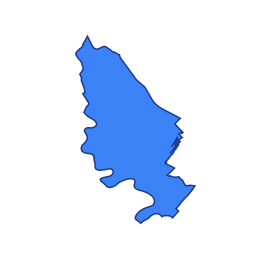 Letea Veche, Bacau, Romania, rotated 155°
{"feature_id": "2599482B63347405976277", "entity_name": "Letea Veche", "entity_type": "district", "adm_level": 2, "iso_a3": "ROU", "parent_name": "Romania", "parent_adm1": "Bacau", "projection": "robinson", "projection_center": [26.956, 46.548], "detail": "fine", "context": "isolated", "style": "filled", "palette": "blue", "viewbox_px": 256, "rotation_deg": 155, "n_neighbors": 0, "source": "geoboundaries", "source_scale": "gbopen_adm2", "svg_char_len": 5473}
<svg xmlns="http://www.w3.org/2000/svg" viewBox="0 0 256 256"><g transform="rotate(155 128 128)"><path d="M134.8,33.3L133.1,33.3L131.8,33.0L130.0,32.2L129.0,31.8L127.8,30.9L127.1,30.5L126.5,29.8L126.0,29.0L125.8,28.4L125.8,27.8L125.6,27.7L125.1,28.0L124.6,28.1L123.4,28.7L122.8,28.9L122.2,29.1L121.7,29.4L121.3,29.6L120.6,29.9L119.3,30.4L117.9,30.9L117.3,31.2L117.3,31.3L117.4,31.7L117.7,32.6L118.5,34.8L117.8,34.8L117.7,35.0L117.4,35.2L117.0,35.4L116.1,35.6L115.2,36.0L114.6,36.3L113.1,37.0L112.0,37.6L110.7,38.3L107.7,39.6L106.4,40.2L105.0,40.7L103.5,41.2L102.2,41.7L101.1,42.3L99.0,43.2L95.7,44.8L95.9,45.0L92.9,46.5L91.8,47.3L93.1,48.1L96.1,49.9L96.6,50.1L98.2,50.4L99.3,50.9L100.2,51.7L100.3,52.5L100.4,53.7L100.7,54.7L100.5,55.9L100.7,57.3L101.3,58.8L101.8,59.7L102.2,60.7L102.3,61.1L102.3,61.8L102.3,62.1L102.5,62.2L103.2,62.4L104.5,62.9L105.5,63.3L106.6,63.7L107.2,64.1L108.0,64.8L109.0,65.8L109.9,66.6L110.5,67.1L111.3,66.8L111.4,67.0L111.7,67.5L112.4,68.4L112.5,68.6L109.5,69.6L107.7,70.2L106.1,70.8L104.4,71.4L103.5,71.7L102.8,72.0L103.5,73.1L103.9,73.6L104.7,74.6L105.4,75.5L106.4,76.7L107.5,77.9L107.8,78.2L108.3,78.9L108.7,79.3L109.2,79.9L108.9,80.0L107.8,80.4L108.6,81.3L107.8,81.7L107.7,81.6L106.9,81.9L106.3,82.2L105.6,82.5L105.0,82.9L104.9,82.8L104.1,83.2L103.2,83.6L102.9,83.8L102.7,83.9L101.9,84.4L101.7,84.4L101.4,84.7L101.2,84.8L100.7,85.1L100.5,85.3L100.3,85.3L99.6,85.4L99.3,85.4L99.1,85.5L98.5,85.8L97.9,86.1L97.5,86.3L97.1,86.6L96.8,86.8L96.3,87.3L96.0,87.5L95.4,88.0L94.9,88.2L94.2,88.6L93.7,88.8L93.6,88.7L93.4,88.9L93.3,89.0L93.0,89.2L93.0,89.3L92.7,89.5L92.6,89.4L92.2,89.7L91.7,90.0L91.4,90.1L90.7,90.6L90.4,90.7L90.1,90.9L89.6,91.1L89.3,91.3L89.5,91.6L90.0,92.1L91.2,91.6L92.4,91.1L94.2,90.4L94.5,90.2L95.5,89.7L96.4,89.2L96.9,89.0L97.3,88.7L98.3,88.2L98.7,88.0L99.9,87.4L100.6,87.1L100.1,87.4L99.8,87.5L99.7,87.6L99.2,87.9L98.2,88.4L97.0,89.0L96.4,89.3L96.1,89.4L95.9,89.5L95.1,90.0L94.7,90.2L94.3,90.5L92.3,91.3L91.7,91.5L92.1,92.5L92.4,93.4L92.8,94.3L92.9,94.7L92.3,93.3L91.9,92.5L91.7,91.9L91.5,91.6L90.1,92.1L90.2,92.8L90.3,93.1L90.5,93.4L91.4,95.6L91.2,95.4L90.2,93.1L89.9,92.3L88.9,92.6L88.6,92.8L88.2,92.9L88.5,93.5L88.7,94.0L89.2,95.2L89.5,96.0L89.8,96.7L89.7,96.7L89.4,96.1L88.9,94.9L88.3,93.4L88.1,92.9L86.4,93.6L86.6,94.1L87.0,94.9L87.2,95.2L87.7,96.4L88.2,97.6L88.3,97.7L88.9,97.3L89.7,96.8L89.9,96.7L91.3,95.8L91.6,95.5L93.0,94.7L93.6,94.3L94.9,93.4L95.5,93.1L95.8,92.9L95.9,93.0L95.5,93.2L95.1,93.5L94.8,93.6L93.6,94.4L93.4,94.6L91.0,96.1L90.4,96.5L88.6,97.6L88.3,97.8L88.2,98.1L87.9,98.3L87.5,98.6L87.5,98.4L87.9,98.1L88.1,97.8L87.4,96.1L87.1,95.5L84.6,96.2L84.0,96.3L82.9,96.5L83.0,96.6L83.4,97.9L83.7,98.8L83.9,99.5L84.0,99.7L84.2,100.3L84.4,101.0L82.2,101.6L82.0,101.0L81.7,100.3L80.1,100.7L80.4,101.5L80.6,102.1L81.1,103.7L81.7,105.5L82.5,107.9L83.1,110.0L83.8,112.0L82.3,112.6L80.3,113.3L76.5,114.7L77.7,116.3L79.0,118.0L80.0,119.3L82.4,122.4L83.8,124.3L85.2,126.0L86.2,127.4L87.3,128.7L88.6,130.6L89.7,132.0L90.2,132.8L90.8,133.8L91.4,134.9L92.0,136.0L92.4,137.1L92.9,138.3L93.3,139.4L93.7,140.6L94.0,142.4L94.2,143.7L94.4,145.5L94.5,147.5L94.6,148.9L94.9,151.9L95.0,153.4L95.1,154.5L95.2,155.4L95.3,156.8L95.4,157.4L95.6,158.1L96.0,159.0L96.5,160.3L97.3,162.0L97.9,163.5L98.3,164.3L99.0,165.8L99.5,167.0L99.8,167.7L100.0,168.2L100.2,169.1L100.7,171.6L101.0,173.3L101.5,175.4L101.7,176.6L101.8,177.5L102.3,179.9L103.3,184.9L104.0,188.2L104.4,190.1L104.8,192.2L105.0,193.3L105.1,194.0L105.2,195.0L105.2,195.9L105.1,196.9L104.9,197.7L104.8,198.1L105.5,198.5L108.3,202.7L109.2,202.6L111.9,207.9L113.6,210.7L114.3,211.5L115.0,212.0L116.8,212.3L120.4,212.2L123.1,212.6L124.8,214.5L125.6,216.5L125.9,223.4L126.0,228.3L128.7,226.3L131.5,224.3L133.9,222.6L134.2,221.6L135.6,220.8L138.7,220.0L141.1,219.2L143.1,218.2L144.1,217.1L144.2,215.2L143.9,213.5L143.5,211.5L142.7,209.0L142.5,206.6L143.0,204.0L143.2,201.4L144.6,199.5L147.3,198.0L148.8,197.3L149.0,195.4L149.0,194.4L148.5,193.6L149.5,192.3L150.2,190.9L150.9,182.4L151.6,180.0L152.0,178.3L152.6,178.2L154.3,178.4L154.4,178.1L154.4,177.4L154.4,176.5L154.3,175.5L154.1,174.8L153.9,173.8L153.5,172.5L153.6,172.2L153.7,171.5L153.5,171.1L153.1,170.5L153.5,169.7L153.5,169.4L153.0,167.6L153.2,166.9L153.8,165.9L154.6,165.6L155.9,165.0L156.4,164.8L156.9,164.6L161.4,160.7L159.6,155.6L157.5,152.5L155.6,149.9L154.6,147.4L154.7,145.0L155.7,143.7L157.2,143.2L159.5,143.2L162.0,143.8L163.5,145.0L165.7,145.5L167.2,145.2L168.3,144.4L168.8,143.3L168.7,141.1L168.4,138.4L169.1,136.2L170.8,134.2L173.7,132.8L177.1,131.6L179.1,129.3L179.5,126.4L177.9,123.9L174.2,121.3L171.7,119.7L170.9,116.9L172.1,113.7L173.0,109.2L174.4,106.1L174.5,104.7L173.5,103.1L171.5,101.6L166.2,99.9L163.2,99.3L160.8,98.1L159.8,96.8L159.8,94.8L160.9,93.1L163.0,92.1L165.2,92.1L168.9,92.9L171.7,93.5L173.9,93.6L175.1,92.8L174.9,90.8L173.6,88.7L172.6,85.9L171.7,83.5L169.7,81.8L166.7,81.1L163.6,81.2L159.6,82.3L156.0,82.5L150.7,82.1L147.4,81.2L145.4,80.0L144.0,78.5L143.9,77.3L144.9,75.5L146.2,74.1L146.8,73.1L147.0,71.5L146.8,70.1L145.6,68.3L144.0,66.8L142.0,65.2L140.0,63.3L137.5,60.6L135.9,58.0L134.9,56.0L134.4,54.0L134.5,52.2L134.9,50.5L135.7,49.1L137.0,48.1L138.4,47.5L140.5,47.5L143.9,47.9L147.2,48.2L149.5,48.1L152.2,47.7L154.5,47.0L156.5,46.0L158.0,45.1L159.1,43.9L159.6,43.0L159.4,41.8L158.7,40.3L157.4,37.8L156.8,36.3L154.5,37.0L147.6,37.6L143.9,38.8L142.2,39.0L140.0,38.9L139.0,38.6L138.0,38.2L136.5,37.1L136.1,36.6L135.3,35.3L134.8,33.3Z" fill="#3b82f6" stroke="#1e3a8a" stroke-width="1.5"/></g></svg>